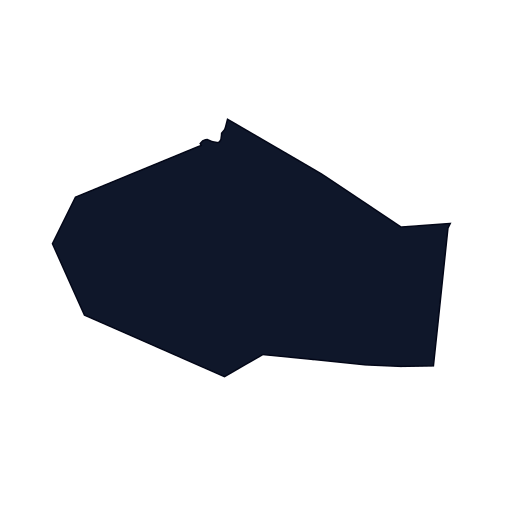 San José Estancia Grande, Oaxaca, Mexico (orthographic projection), rotated 195°
{"feature_id": "50627088B84369404768705", "entity_name": "San José Estancia Grande", "entity_type": "district", "adm_level": 2, "iso_a3": "MEX", "parent_name": "Mexico", "parent_adm1": "Oaxaca", "projection": "orthographic", "projection_center": [-98.255, 16.376], "detail": "fine", "context": "isolated", "style": "filled", "palette": "ink", "viewbox_px": 512, "rotation_deg": 195, "n_neighbors": 0, "source": "geoboundaries", "source_scale": "gbopen_adm2", "svg_char_len": 669}
<svg xmlns="http://www.w3.org/2000/svg" viewBox="0 0 512 512"><g transform="rotate(195 256 256)"><path d="M76.8,337.7L123.4,321.5L169.9,337.3L214.0,352.2L258.4,364.3L318.9,380.7L318.8,372.7L319.0,370.0L321.0,365.7L320.6,363.8L320.0,359.4L320.9,356.7L322.3,355.6L327.0,355.2L328.6,355.2L333.3,355.9L335.1,355.1L337.3,353.4L339.0,350.2L337.5,348.6L340.7,346.3L393.7,305.8L445.6,266.1L455.8,215.2L431.5,185.3L406.4,154.5L379.4,150.4L324.0,141.9L255.2,131.3L237.5,149.1L233.8,152.7L223.9,162.6L174.9,170.7L174.2,170.7L173.7,170.8L173.3,171.0L122.1,179.2L87.8,186.8L56.2,195.8L63.0,239.2L77.8,332.6L76.8,337.7Z" fill="#0f172a" stroke="#020617" stroke-width="1.5"/></g></svg>